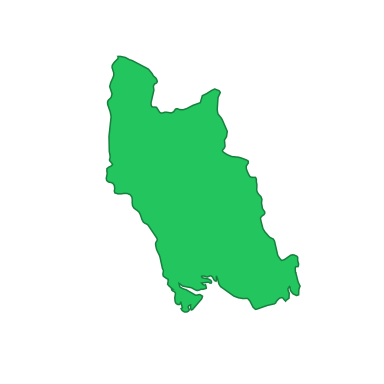 SVG path tracing the border of Sud-Ouest, rotated 315°
{"feature_id": "CMR-799", "entity_name": "Sud-Ouest", "entity_type": "Province", "adm_level": 1, "iso_a3": "CMR", "parent_name": "Cameroon", "parent_adm1": "", "projection": "albers", "projection_center": [9.217, 5.228], "detail": "fine", "context": "isolated", "style": "filled", "palette": "green", "viewbox_px": 384, "rotation_deg": 315, "n_neighbors": 0, "source": "natural_earth", "source_scale": "10m", "svg_char_len": 4092}
<svg xmlns="http://www.w3.org/2000/svg" viewBox="0 0 384 384"><g transform="rotate(315 192 192)"><path d="M229.9,45.3L234.0,45.3L235.4,44.2L235.5,43.8L237.1,45.3L240.0,49.7L241.4,54.4L242.6,56.6L248.1,74.3L247.5,80.1L246.8,82.5L247.0,86.1L246.3,88.1L245.5,89.4L244.3,89.8L243.0,89.6L242.0,89.1L239.6,89.8L237.0,93.1L226.0,100.0L224.5,101.8L224.0,103.3L224.3,104.1L224.5,104.3L224.6,104.5L224.8,104.8L225.6,105.4L226.8,107.0L225.5,112.7L225.9,114.2L226.9,115.2L228.1,115.8L229.3,116.4L230.5,117.7L233.3,121.5L235.9,122.3L238.9,121.7L240.0,122.2L240.6,122.9L241.5,124.9L242.6,126.2L244.0,127.6L247.3,129.3L254.0,131.4L261.0,134.7L267.4,131.2L271.7,132.7L277.4,134.0L280.9,135.2L282.8,139.6L282.7,140.5L282.3,141.7L277.2,143.6L268.4,151.3L266.6,153.5L265.5,155.4L265.0,160.4L264.5,162.3L259.8,174.1L255.5,177.3L251.7,178.2L247.7,183.0L246.3,183.7L245.0,183.9L243.8,183.9L242.8,184.2L242.4,185.1L242.4,186.3L243.3,190.5L245.2,195.1L249.5,200.3L251.0,203.0L253.2,207.9L253.6,209.9L252.4,211.3L248.5,212.1L246.6,214.4L245.1,217.9L244.2,220.7L243.9,222.3L244.6,223.8L247.2,226.5L246.9,227.8L246.2,228.9L245.0,230.0L243.0,232.8L239.3,236.2L238.2,237.9L237.7,239.7L237.5,241.0L237.5,243.9L236.3,246.6L233.3,249.0L230.1,253.6L229.4,257.4L228.6,258.4L227.5,258.8L226.6,258.9L225.1,258.5L222.5,258.6L221.6,259.3L219.9,261.9L216.2,268.2L215.4,271.4L214.9,277.9L215.1,279.6L216.2,282.7L215.6,285.1L207.8,297.5L207.1,300.8L206.9,303.7L209.3,305.1L217.2,306.5L218.8,307.6L219.7,308.8L220.7,311.4L220.7,312.6L220.1,313.4L218.6,314.8L217.8,315.9L216.6,318.1L215.6,319.0L214.8,319.5L214.1,319.7L212.6,318.2L211.3,318.7L208.1,322.2L208.4,322.6L208.0,323.0L203.5,330.5L202.4,333.3L202.1,334.4L201.9,334.9L201.6,335.2L200.5,335.5L198.4,336.7L194.7,340.1L192.7,339.1L191.4,335.3L192.0,331.1L194.1,328.4L194.1,327.7L191.3,328.3L190.0,330.2L189.3,332.2L185.5,335.7L182.1,335.2L181.0,335.4L181.0,333.3L181.3,331.7L181.0,330.4L179.4,329.2L178.1,328.9L176.0,328.9L174.0,329.1L172.8,329.6L171.1,329.3L165.1,325.5L155.3,320.8L153.9,319.9L153.7,316.7L155.9,309.9L156.1,306.6L152.7,303.4L150.0,299.6L148.0,295.2L145.3,279.1L145.9,276.3L148.8,271.2L149.9,268.5L147.4,271.3L145.9,272.1L145.3,270.5L145.6,269.1L146.0,267.8L146.4,266.3L146.1,264.7L145.2,263.9L142.7,263.0L141.8,261.1L140.9,259.8L139.9,258.7L139.1,258.4L138.6,259.9L142.1,265.2L142.9,267.8L142.2,269.5L141.2,270.0L140.3,269.2L139.9,267.4L134.4,263.1L134.3,264.6L134.5,265.8L135.0,266.6L136.0,267.1L134.5,269.8L134.0,270.2L133.3,269.9L131.0,268.6L130.5,268.2L129.7,267.2L127.8,266.5L126.0,265.4L125.1,263.5L123.9,259.3L118.9,252.0L118.2,247.5L116.3,250.4L117.1,253.7L118.8,257.1L121.6,267.6L122.7,268.5L124.0,269.2L125.1,270.1L125.8,273.1L123.4,274.4L109.3,275.5L108.0,274.9L108.6,273.5L110.0,271.9L111.2,270.8L109.9,270.2L108.6,270.2L107.7,270.8L107.0,273.2L106.1,273.7L104.9,273.6L103.5,273.2L101.8,271.5L101.2,268.8L101.8,266.7L103.5,267.0L104.1,265.6L106.5,261.5L105.0,262.7L103.6,262.7L102.5,261.7L101.9,259.9L102.2,258.4L103.1,256.9L105.0,254.6L108.3,252.3L108.9,251.4L109.0,250.0L108.5,248.7L108.3,247.3L109.0,245.9L109.7,246.8L109.3,242.3L109.5,240.0L110.9,239.0L111.3,238.8L113.4,236.9L112.9,235.3L112.6,233.7L112.2,231.3L113.2,229.6L116.3,227.3L117.0,225.2L121.5,218.2L123.1,215.8L124.2,213.6L125.9,208.7L126.6,207.1L128.8,203.8L129.9,202.6L131.2,202.0L132.5,201.8L133.7,201.2L134.5,199.8L137.5,184.4L137.4,183.1L136.5,180.4L136.3,178.9L137.1,176.2L139.5,171.4L140.3,168.8L140.2,166.4L139.8,164.2L139.6,162.0L140.3,159.6L142.0,157.4L144.2,155.3L145.9,153.1L146.4,150.4L145.2,147.3L143.1,145.1L140.6,143.2L138.3,140.9L136.8,138.1L137.7,136.4L139.7,135.0L141.7,132.5L142.2,129.7L141.2,127.7L140.0,125.9L139.8,123.6L141.0,121.7L145.0,119.1L146.5,117.1L148.4,115.3L150.8,115.6L153.3,116.5L155.3,116.3L155.7,114.8L155.9,111.6L156.5,110.8L158.3,109.9L159.8,108.3L162.2,104.8L172.6,94.0L188.1,81.5L190.9,77.4L194.2,70.6L195.7,68.8L197.2,68.0L198.6,67.9L200.0,68.0L201.8,67.9L204.9,66.0L208.3,59.3L211.6,57.3L212.3,57.0L216.8,55.3L219.1,54.2L220.9,52.4L223.5,47.4L225.2,46.0L228.6,45.3L229.9,45.3Z" fill="#22c55e" stroke="#15803d" stroke-width="1.5"/></g></svg>